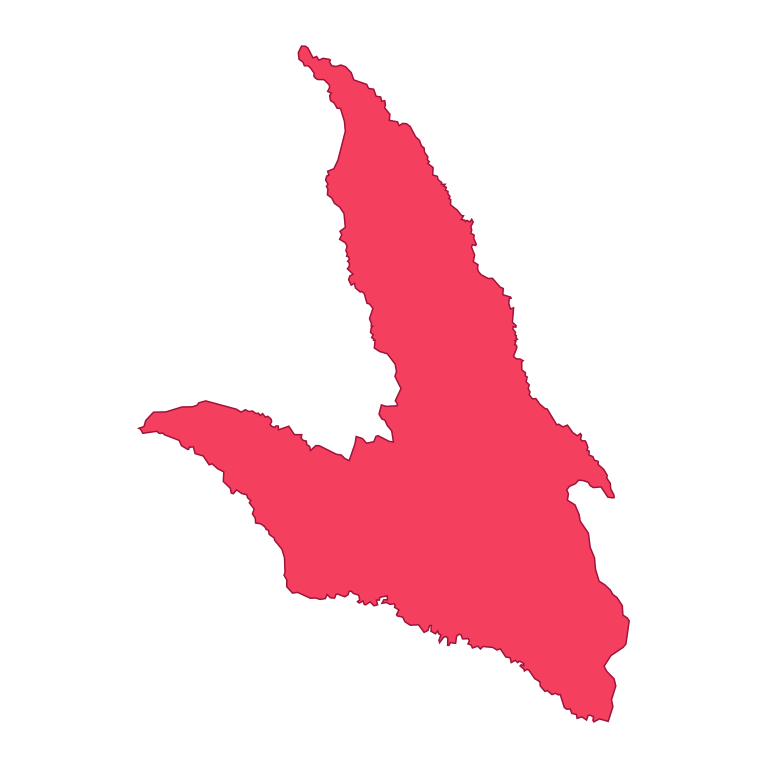 outline of Piendamó, Cauca, Colombia
{"feature_id": "7082276B51071963604741", "entity_name": "Piendamó", "entity_type": "district", "adm_level": 2, "iso_a3": "COL", "parent_name": "Colombia", "parent_adm1": "Cauca", "projection": "orthographic", "projection_center": [-76.57, 2.735], "detail": "fine", "context": "isolated", "style": "filled", "palette": "rose", "viewbox_px": 768, "rotation_deg": 0, "n_neighbors": 0, "source": "geoboundaries", "source_scale": "gbopen_adm2", "svg_char_len": 6095}
<svg xmlns="http://www.w3.org/2000/svg" viewBox="0 0 768 768"><path d="M608.2,721.4L612.9,706.7L611.5,699.8L615.8,686.0L614.1,678.9L606.8,671.4L604.1,666.3L610.9,655.6L623.2,647.3L625.9,644.0L629.2,620.9L627.2,617.9L622.9,615.1L622.3,605.7L616.9,597.4L613.0,594.7L610.4,590.1L604.8,584.8L599.2,581.3L595.5,569.4L594.5,557.9L590.2,547.4L588.4,533.2L580.2,521.2L579.1,514.5L575.0,504.9L567.4,500.2L568.4,493.8L566.7,489.8L569.6,486.3L575.4,483.7L578.6,480.2L582.9,480.5L588.2,482.3L590.2,485.7L593.4,487.6L601.0,486.9L607.9,497.2L613.0,497.9L614.2,497.5L613.8,494.7L610.7,488.8L610.3,483.4L606.8,478.1L607.2,475.3L603.7,469.4L598.2,464.5L598.2,461.4L594.3,460.1L592.9,456.6L589.0,455.0L589.2,451.1L586.8,450.2L587.9,447.5L586.3,442.8L585.0,440.8L582.1,440.8L580.5,439.2L581.5,435.1L580.4,433.5L577.3,435.8L572.8,432.6L567.4,425.1L563.0,426.9L558.7,424.2L556.7,424.8L547.2,409.0L544.9,408.5L539.7,404.0L535.9,398.6L532.5,398.9L529.2,394.7L530.0,391.9L528.2,388.7L529.2,384.8L526.1,381.8L527.2,377.0L525.3,375.9L525.4,372.6L521.8,369.9L521.7,361.8L523.1,360.7L520.0,359.0L516.4,358.9L513.5,356.4L516.9,347.5L516.4,345.3L514.7,344.6L515.9,341.3L514.8,340.5L517.4,339.3L515.9,337.3L516.4,335.6L515.0,334.9L515.5,332.3L513.0,329.2L513.1,326.7L515.8,327.2L516.1,325.6L512.4,322.3L513.6,307.8L510.4,308.9L508.8,303.3L509.3,298.5L511.1,298.2L510.6,297.1L502.8,294.7L503.3,288.5L500.0,287.0L492.5,278.3L488.2,278.5L481.1,274.7L478.6,271.7L477.5,269.0L478.0,264.7L473.3,261.7L474.6,255.0L471.5,247.1L472.4,244.7L475.6,245.5L476.3,244.3L473.7,238.3L474.2,235.2L470.8,233.1L471.7,230.2L470.9,226.5L473.2,222.1L471.7,219.3L469.9,221.9L467.0,220.4L465.4,221.6L464.8,220.2L461.4,219.5L463.5,215.8L461.7,215.6L457.1,210.0L450.6,204.9L450.7,199.5L448.9,198.5L450.0,196.5L447.9,193.8L448.0,191.4L445.4,190.2L446.3,187.3L443.7,186.1L445.2,184.3L441.4,184.4L441.7,182.6L438.0,179.5L437.4,176.4L432.7,174.9L433.1,167.6L427.8,163.5L429.3,161.7L427.2,159.6L427.9,157.0L424.5,152.2L424.1,148.0L421.5,145.9L419.4,140.3L415.6,136.8L410.2,126.5L406.5,123.7L402.6,123.4L399.1,125.7L397.5,121.8L389.4,120.4L389.9,114.3L384.5,107.6L385.5,105.1L384.7,100.7L381.7,101.2L380.7,97.0L376.1,96.2L373.7,89.2L368.5,88.4L366.7,84.4L353.8,79.9L351.2,72.6L345.5,66.7L340.9,65.0L336.1,66.5L331.7,65.7L329.5,62.0L330.4,60.1L329.5,59.4L323.1,58.3L318.9,60.1L316.6,56.5L313.0,57.9L307.9,48.0L305.4,46.2L301.5,46.1L298.3,52.7L299.1,59.4L302.9,62.0L304.4,65.8L308.0,65.8L310.5,68.0L314.2,73.2L313.8,76.1L315.6,78.3L317.6,79.5L324.0,79.7L329.3,84.9L329.5,87.9L327.6,91.4L331.3,93.2L329.6,95.6L330.5,100.5L334.3,103.1L337.1,108.2L340.5,108.5L344.4,121.2L345.3,131.3L338.0,159.9L333.9,168.7L327.6,171.3L328.9,175.2L326.7,176.0L325.6,180.1L328.0,184.2L326.4,186.3L327.9,189.1L327.4,194.8L331.7,197.9L334.4,203.3L339.5,206.9L344.0,213.5L345.3,227.4L340.0,231.3L341.8,234.7L339.6,239.3L345.2,242.7L347.1,245.9L345.9,250.7L347.4,253.9L346.6,256.2L348.6,256.9L349.4,259.3L347.6,261.2L349.3,263.0L349.4,266.0L347.4,268.8L353.0,274.1L349.8,276.0L348.6,279.7L351.2,285.1L354.5,283.4L355.4,287.9L360.2,292.0L361.5,291.5L364.1,293.2L367.0,303.3L369.5,304.0L372.9,308.4L369.5,318.6L371.5,324.0L371.1,325.9L372.7,326.3L371.2,327.8L370.5,332.5L373.2,334.7L371.6,337.6L373.6,338.7L373.5,340.3L375.1,340.2L374.3,348.0L379.8,351.6L387.2,353.7L395.1,364.0L396.5,371.6L394.9,376.3L401.0,388.5L395.3,400.7L397.3,403.8L397.1,405.8L386.3,406.4L381.4,404.9L379.0,414.2L381.8,418.9L384.9,420.3L387.4,425.7L391.7,430.8L393.4,442.0L389.0,441.3L378.1,435.7L376.0,436.3L373.8,441.7L366.5,443.2L362.4,438.5L356.2,436.5L355.1,443.5L349.2,460.6L344.9,458.6L341.4,455.1L336.2,454.2L319.3,445.7L315.8,445.6L310.5,450.5L309.6,446.3L306.7,444.6L306.4,441.1L302.9,440.2L301.1,437.9L301.8,434.7L294.4,434.6L288.8,426.2L278.5,429.8L278.3,426.0L275.8,426.0L274.7,427.4L271.9,426.3L270.1,424.6L271.7,421.4L271.0,419.0L267.8,416.3L265.4,417.2L262.6,413.6L260.3,415.5L258.5,413.2L255.8,413.5L252.5,411.0L248.7,411.5L245.5,409.7L241.0,412.1L236.4,409.2L205.7,400.9L198.8,402.8L197.0,405.3L192.3,406.8L181.8,407.0L165.9,411.9L153.5,412.2L145.7,420.5L144.0,426.5L138.8,428.3L140.7,429.3L142.8,433.3L156.7,431.3L159.3,433.4L163.2,433.2L164.4,434.7L179.2,440.4L181.4,445.6L187.5,449.3L188.6,449.4L189.3,447.3L193.3,446.8L195.1,453.6L203.3,456.0L209.1,464.8L212.2,463.8L217.7,468.8L223.8,471.9L223.3,481.5L230.3,488.2L231.3,493.1L233.4,493.7L236.5,489.9L241.9,493.6L246.7,494.7L247.6,497.8L250.8,500.7L249.3,502.8L254.2,509.0L252.4,513.9L255.2,518.0L255.6,523.0L260.7,523.8L264.8,526.7L266.2,529.6L268.3,530.0L269.3,534.5L274.0,537.8L274.7,540.4L281.9,549.2L284.5,557.7L285.0,572.5L284.0,575.2L286.8,579.9L286.7,586.7L292.5,593.1L297.6,592.4L310.3,598.2L315.6,598.0L320.0,599.4L325.3,598.6L327.1,594.6L330.4,597.8L334.6,598.1L336.0,594.5L337.5,594.0L344.8,596.8L348.0,594.8L349.2,591.3L351.2,591.2L353.4,593.4L358.7,595.2L359.7,600.0L357.5,601.5L358.1,602.4L359.5,603.0L363.0,601.0L364.3,604.5L365.6,604.8L370.2,601.9L374.0,605.8L377.6,604.8L376.4,600.0L379.4,600.1L379.7,597.8L381.5,596.9L387.2,596.0L387.4,599.8L383.8,599.7L381.9,603.3L386.4,602.5L390.1,604.4L394.2,603.8L395.2,604.8L394.5,607.3L398.9,609.9L396.5,614.6L397.2,615.9L402.7,617.1L405.0,621.8L410.2,625.2L418.6,624.8L424.1,632.4L428.0,630.4L429.6,625.6L431.4,625.5L430.9,631.2L435.4,633.8L437.7,631.0L438.6,633.7L440.9,635.0L438.9,640.3L439.6,642.7L443.7,637.2L446.1,636.5L447.8,638.2L447.6,645.4L448.9,645.4L450.3,642.6L455.6,643.4L456.6,636.1L459.2,634.2L461.1,634.9L462.5,638.9L468.3,638.7L469.4,640.9L467.9,643.8L471.3,645.2L472.4,648.0L477.8,646.2L480.5,649.0L482.9,646.5L492.7,647.4L497.0,650.0L500.3,648.8L505.8,657.0L510.1,657.7L511.2,662.6L515.3,660.3L517.6,662.6L519.7,661.1L523.7,663.6L523.8,665.5L521.2,664.7L520.1,666.0L523.9,669.1L524.4,671.0L527.0,669.4L529.0,670.3L534.7,678.6L539.9,681.8L540.2,685.9L544.9,691.4L547.4,690.6L552.0,694.6L555.5,693.3L558.4,694.9L560.2,694.4L564.3,707.5L566.6,709.2L570.2,709.0L571.8,713.4L576.4,714.5L577.1,718.4L581.8,716.9L586.6,720.0L588.0,715.7L590.0,715.1L593.5,716.9L592.9,720.4L593.9,721.9L599.4,718.9L608.2,721.4Z" fill="#f43f5e" stroke="#9f1239" stroke-width="1.5"/></svg>